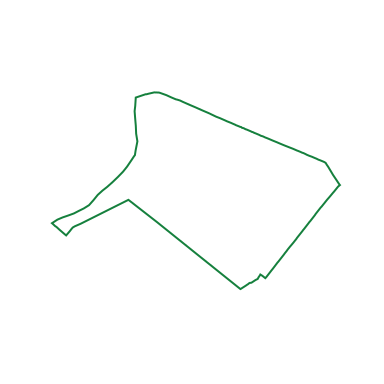 Chau Doc, An Giang, Vietnam (Robinson projection), rotated 252°
{"feature_id": "81297802B29469680325647", "entity_name": "Chau Doc", "entity_type": "district", "adm_level": 2, "iso_a3": "VNM", "parent_name": "Vietnam", "parent_adm1": "An Giang", "projection": "robinson", "projection_center": [105.086, 10.688], "detail": "fine", "context": "isolated", "style": "outline", "palette": "green", "viewbox_px": 384, "rotation_deg": 252, "n_neighbors": 0, "source": "geoboundaries", "source_scale": "gbopen_adm2", "svg_char_len": 2403}
<svg xmlns="http://www.w3.org/2000/svg" viewBox="0 0 384 384"><g transform="rotate(252 192 192)"><path d="M189.6,58.9L192.6,63.8L194.3,66.3L195.1,67.7L195.6,70.0L196.2,76.3L204.2,129.1L173.9,149.6L169.6,152.4L129.6,178.6L84.8,208.0L84.7,208.1L86.3,214.2L86.9,216.2L87.0,216.8L87.6,218.2L87.7,219.0L87.5,219.6L87.4,220.2L87.4,220.7L87.7,221.7L87.9,222.5L88.3,223.9L88.7,225.4L88.8,226.2L88.9,226.6L88.9,226.9L88.9,227.0L89.0,227.6L90.3,228.9L90.8,229.6L91.9,231.0L92.4,231.5L90.6,233.0L87.4,235.1L87.5,235.3L88.2,236.5L91.8,241.8L92.9,243.4L94.0,245.1L98.6,251.7L98.9,252.3L104.2,260.2L104.9,261.1L106.6,263.7L107.4,264.8L107.6,265.0L110.0,268.7L110.4,269.4L112.4,272.6L115.4,277.1L115.8,277.5L120.9,285.2L121.4,285.8L122.0,286.8L122.1,287.0L126.4,293.3L127.0,294.1L127.8,295.5L132.0,301.7L132.9,302.8L137.6,309.8L137.9,310.5L142.9,318.1L145.0,321.6L147.9,326.2L148.4,327.1L152.0,332.6L152.9,334.8L153.3,334.6L159.4,332.9L164.7,331.4L168.7,330.5L173.9,329.3L175.6,328.8L176.2,328.6L178.0,328.2L178.4,328.1L179.0,327.6L179.7,327.0L181.0,325.5L182.7,323.5L183.7,322.2L185.2,320.7L186.2,319.5L188.5,316.9L190.2,314.7L192.2,312.4L192.8,311.9L194.5,310.1L195.6,308.6L196.5,307.7L198.6,305.2L199.2,304.4L199.6,304.0L201.9,301.4L205.0,297.6L206.0,296.4L206.4,295.9L208.4,293.5L211.5,289.9L213.0,288.2L216.2,284.4L217.0,283.5L219.1,281.1L220.0,280.0L220.3,279.7L221.2,278.5L222.1,277.6L223.1,276.5L224.1,275.0L225.7,273.4L226.3,272.7L228.2,270.5L228.3,270.4L229.0,269.4L229.5,269.1L230.4,268.0L230.5,267.7L231.6,266.6L233.0,265.0L234.4,263.4L234.8,262.9L235.0,262.5L235.9,261.6L236.7,260.9L237.6,259.4L238.5,258.9L239.3,257.6L239.9,257.0L242.1,254.3L242.5,254.0L244.0,252.3L244.7,251.5L245.3,250.9L248.7,246.8L249.4,246.1L250.3,245.1L253.6,241.4L256.1,238.3L262.0,232.1L266.1,227.4L272.2,220.6L275.5,216.8L280.5,211.2L282.7,208.9L284.4,206.5L285.1,205.3L288.4,201.5L292.0,197.6L296.4,191.9L296.9,191.0L298.4,186.8L298.9,181.1L299.0,178.9L299.3,178.0L299.2,167.7L291.4,164.6L286.6,162.4L280.0,160.8L272.3,159.0L264.7,156.9L257.0,155.7L248.9,151.2L244.7,149.1L243.9,147.9L241.1,144.4L236.2,138.1L232.7,132.8L229.2,126.2L226.0,119.6L223.1,113.0L221.0,107.3L218.4,101.5L214.7,95.8L211.3,90.0L209.8,84.0L209.0,78.5L208.1,73.0L207.9,67.1L207.8,61.1L207.3,55.4L205.6,49.2L204.6,49.8L202.6,50.9L201.7,51.4L201.3,51.8L200.5,52.4L197.1,54.3L191.3,57.8L189.6,58.9Z" fill="none" stroke="#15803d" stroke-width="2"/></g></svg>